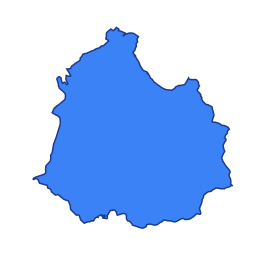 outline of Chisindia, Arad, Romania, rotated 353°
{"feature_id": "2599482B8925647797372", "entity_name": "Chisindia", "entity_type": "district", "adm_level": 2, "iso_a3": "ROU", "parent_name": "Romania", "parent_adm1": "Arad", "projection": "natural_earth1", "projection_center": [22.109, 46.245], "detail": "fine", "context": "isolated", "style": "filled", "palette": "blue", "viewbox_px": 256, "rotation_deg": 353, "n_neighbors": 0, "source": "geoboundaries", "source_scale": "gbopen_adm2", "svg_char_len": 5581}
<svg xmlns="http://www.w3.org/2000/svg" viewBox="0 0 256 256"><g transform="rotate(353 128 128)"><path d="M224.9,198.2L224.5,197.8L224.0,197.3L223.7,197.0L223.2,196.4L223.6,193.4L223.5,190.9L222.5,188.2L222.5,186.6L224.0,184.4L223.7,182.5L220.5,177.5L220.2,177.2L220.1,176.7L218.2,172.7L217.3,169.6L217.8,168.3L218.3,167.1L219.7,164.9L221.2,163.0L220.5,160.6L220.4,158.6L220.3,157.9L220.2,156.9L222.0,154.1L223.8,151.9L223.7,150.6L222.6,149.7L223.8,147.3L224.5,146.6L225.2,146.0L225.3,145.9L225.9,145.3L226.4,143.0L228.4,141.5L227.8,140.4L227.3,139.4L225.7,138.3L223.5,137.1L221.2,136.8L219.6,134.9L218.0,134.1L217.3,133.8L215.5,132.9L212.5,132.5L212.4,131.1L214.2,127.2L214.9,125.7L214.7,123.6L214.5,122.5L214.1,118.9L213.9,117.2L210.2,114.6L208.9,114.3L207.9,113.8L207.8,113.6L207.6,113.4L207.3,113.0L207.0,112.5L206.5,111.8L205.5,111.0L205.2,109.5L204.4,108.1L204.9,107.3L205.0,106.7L204.6,106.0L203.9,105.4L204.1,104.9L204.3,104.4L204.3,103.8L203.8,103.2L203.7,102.6L203.3,102.1L203.2,101.9L202.5,101.1L201.8,100.5L201.5,99.6L201.5,98.4L201.8,97.6L202.6,97.3L202.9,96.8L203.1,95.9L203.5,95.4L204.0,94.8L203.7,94.4L203.3,92.7L203.4,92.1L203.5,91.5L203.0,90.4L202.6,89.7L202.2,89.0L201.9,88.6L200.5,88.0L198.1,87.9L196.7,87.7L194.4,86.8L194.1,86.0L194.1,85.8L193.9,86.0L193.7,86.4L193.5,86.7L191.7,89.2L190.1,91.2L188.9,92.0L186.1,92.0L185.3,92.3L183.9,91.9L182.2,92.5L180.4,93.0L179.1,94.4L175.6,96.0L174.1,95.3L170.9,94.8L167.5,92.9L163.0,89.0L162.1,88.1L161.2,87.2L159.2,85.2L158.0,82.7L156.1,80.8L155.9,79.6L155.6,78.3L153.9,76.6L154.6,76.3L153.7,74.7L150.2,72.8L147.9,68.3L146.8,64.0L146.2,62.7L145.9,61.9L145.4,60.9L144.5,59.3L144.3,58.0L144.3,57.8L144.2,57.0L143.2,57.2L143.3,56.4L142.9,55.1L142.2,53.5L142.9,52.6L143.5,52.4L144.0,52.2L145.3,49.2L146.3,48.0L146.2,45.6L147.4,44.4L148.0,43.5L147.6,41.3L149.5,38.5L146.9,36.3L145.2,34.9L144.0,34.4L142.1,34.0L140.1,34.0L137.4,34.5L136.4,34.8L134.8,36.0L134.5,35.7L136.4,34.1L136.8,33.4L134.0,31.8L132.7,31.0L130.4,30.1L131.0,28.8L128.7,26.8L128.0,27.4L127.3,28.0L126.9,28.4L126.2,29.0L125.7,29.3L125.5,29.5L125.3,29.7L123.0,27.7L121.9,28.5L120.9,29.0L120.1,29.5L119.3,30.1L118.6,30.6L118.2,31.1L118.0,32.2L117.8,33.3L117.6,34.9L117.2,35.9L116.8,36.8L119.0,38.6L118.9,38.9L119.0,39.1L119.3,39.6L118.0,40.3L117.4,40.7L116.3,41.4L115.2,42.3L114.0,43.1L113.5,43.4L112.7,43.3L112.0,43.4L111.2,43.6L110.4,44.1L110.5,44.5L109.0,45.0L108.7,45.1L107.8,45.2L107.3,45.2L105.9,45.5L105.7,45.7L105.0,46.0L104.9,46.1L104.0,46.4L104.0,46.6L103.7,46.6L103.0,46.8L101.4,47.1L101.1,47.2L100.0,47.5L98.5,48.1L97.5,48.2L96.6,48.7L95.3,48.9L94.6,48.9L93.4,49.1L92.1,49.3L91.7,50.3L91.1,50.9L90.4,51.7L89.3,52.6L89.2,52.7L89.0,53.0L89.0,53.5L88.8,54.4L88.4,55.1L87.3,55.8L86.5,56.0L85.1,56.7L84.8,56.9L82.7,57.9L82.3,58.4L81.6,58.7L80.5,59.2L79.6,59.8L78.1,62.1L74.4,62.0L76.3,66.0L76.5,66.6L76.6,66.8L76.8,67.7L77.0,68.2L77.1,68.4L77.5,69.3L75.7,69.5L73.1,68.3L72.3,71.9L72.6,73.6L73.7,76.5L73.4,77.2L73.1,77.5L72.3,77.2L71.8,76.7L71.5,75.4L70.6,74.8L70.0,74.9L69.0,75.6L68.6,75.6L67.9,74.3L67.6,70.0L67.5,69.9L66.3,68.8L65.2,68.8L63.7,70.0L63.5,70.4L63.3,70.9L63.5,71.8L64.2,75.6L64.1,77.8L64.9,80.4L66.9,82.6L68.5,84.4L69.7,86.2L69.9,87.7L69.6,90.0L68.9,92.0L62.2,96.4L59.2,97.9L58.7,98.8L57.3,99.2L56.0,101.3L54.6,103.6L56.2,104.9L60.0,107.6L61.3,109.2L61.6,109.6L61.6,113.5L61.0,116.5L57.0,125.4L55.8,128.1L52.1,135.2L50.3,141.4L49.4,144.1L47.9,145.5L47.7,148.9L46.7,151.5L41.9,155.6L41.2,158.7L40.9,162.4L39.5,163.6L33.0,165.0L30.4,165.5L28.4,166.3L27.6,167.1L27.9,167.6L28.8,167.5L29.8,166.9L31.1,167.3L31.9,167.7L32.6,168.6L33.0,170.4L33.5,172.0L38.0,173.9L40.7,175.0L41.1,176.0L40.9,177.4L41.3,178.0L42.9,178.6L44.1,180.2L44.2,181.9L47.7,185.7L50.4,185.5L55.8,191.1L60.0,193.2L61.2,198.0L61.1,201.9L66.1,208.2L68.7,208.4L69.9,213.5L73.0,217.2L76.5,216.2L78.5,216.4L80.6,215.7L82.2,216.1L83.4,215.0L83.9,213.9L84.9,213.3L86.0,212.7L87.4,213.0L87.3,212.2L88.5,211.6L89.7,211.4L90.5,211.2L90.8,210.8L91.1,210.9L90.7,211.6L91.3,212.0L91.9,212.6L92.8,211.9L93.1,211.7L93.8,211.6L94.3,211.8L94.1,212.2L93.6,212.3L93.4,212.2L92.4,212.6L92.4,212.8L93.2,212.7L92.9,212.9L93.0,213.1L94.0,213.1L93.6,213.4L92.7,213.3L92.4,213.2L92.5,213.5L92.9,213.5L92.7,213.7L92.1,213.6L91.9,214.2L94.6,214.9L94.8,215.1L96.0,215.4L96.6,214.6L96.8,212.2L97.7,211.4L98.7,209.9L100.6,207.6L101.6,207.8L102.7,207.9L103.8,207.5L104.3,207.8L104.9,207.9L106.0,209.6L106.4,211.5L106.7,213.2L109.7,212.8L112.2,212.3L113.5,212.3L115.5,213.3L115.8,215.0L115.4,217.1L115.6,218.5L116.3,220.1L117.4,220.4L119.0,221.6L119.8,222.8L120.8,225.1L122.1,225.6L123.9,226.4L127.3,228.2L130.3,229.2L131.3,229.1L132.5,228.8L134.0,228.0L134.7,226.3L136.0,226.1L137.8,226.0L140.1,226.7L142.3,227.6L143.7,227.6L145.4,227.5L147.9,225.9L149.5,225.5L150.9,224.8L152.2,223.7L153.3,223.9L156.1,224.9L156.3,225.0L159.0,225.4L161.2,226.3L162.9,226.9L164.9,226.6L167.4,225.6L169.8,224.6L170.9,224.5L172.0,224.7L173.2,225.6L173.4,225.7L174.2,225.8L176.2,226.0L177.6,225.9L177.9,225.9L179.8,225.2L182.8,223.6L184.5,222.3L185.6,221.4L186.0,221.5L186.4,221.5L187.7,222.0L188.6,222.4L189.3,222.3L189.9,221.5L189.9,221.4L189.7,220.4L189.2,216.8L189.9,215.0L190.0,214.8L191.3,212.5L191.7,211.8L192.5,209.8L192.9,208.2L193.0,208.0L193.8,206.9L194.6,205.2L195.0,204.1L195.7,203.4L197.3,202.5L197.9,201.9L200.4,201.0L202.8,201.0L204.3,199.8L206.8,198.9L207.7,198.2L208.2,198.3L209.8,198.7L210.9,199.0L213.1,199.7L215.0,199.8L216.2,200.1L217.1,199.5L218.1,199.2L219.6,199.0L221.0,198.8L222.0,198.5L223.2,197.8L223.6,197.7L224.4,198.0L224.9,198.2Z" fill="#3b82f6" stroke="#1e3a8a" stroke-width="1.5"/></g></svg>